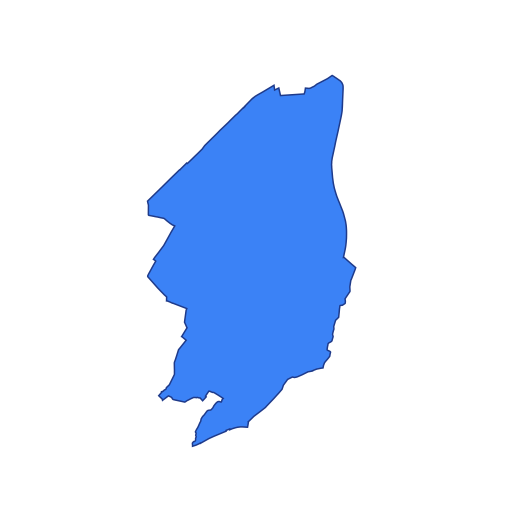 Bērzes pag., Dobele, Latvia (Robinson projection), rotated 126°
{"feature_id": "27541924B54193972681718", "entity_name": "Bērzes pag.", "entity_type": "district", "adm_level": 2, "iso_a3": "LVA", "parent_name": "Latvia", "parent_adm1": "Dobele", "projection": "robinson", "projection_center": [23.414, 56.655], "detail": "fine", "context": "isolated", "style": "filled", "palette": "blue", "viewbox_px": 512, "rotation_deg": 126, "n_neighbors": 0, "source": "geoboundaries", "source_scale": "gbopen_adm2", "svg_char_len": 5924}
<svg xmlns="http://www.w3.org/2000/svg" viewBox="0 0 512 512"><g transform="rotate(126 256 256)"><path d="M275.5,375.8L276.5,374.8L277.4,373.7L278.1,372.9L285.8,367.4L286.1,367.0L286.1,366.6L283.7,361.5L283.7,361.4L282.8,359.5L282.5,359.0L281.1,355.7L279.7,352.7L279.7,350.9L279.9,349.4L280.1,344.2L280.0,343.5L280.0,342.5L280.0,341.9L279.8,341.1L279.7,341.0L279.7,340.6L279.5,339.9L279.4,339.8L279.4,339.4L287.5,338.6L288.0,338.5L301.8,336.8L308.6,336.9L310.1,336.9L316.0,337.1L316.9,337.1L319.0,337.0L318.9,334.8L319.1,334.1L321.7,333.8L323.7,333.6L326.0,333.3L326.3,333.3L326.9,333.2L327.5,333.1L329.9,332.8L333.8,332.3L335.5,332.0L335.9,331.8L336.2,331.6L336.4,331.3L339.6,316.9L340.0,314.7L340.1,314.2L341.3,307.3L341.6,304.3L341.7,304.2L344.9,302.0L344.6,301.7L344.1,299.7L343.9,299.0L343.3,295.9L343.1,295.7L339.2,281.1L341.0,280.6L349.4,276.1L351.6,274.9L352.5,273.3L354.5,269.9L354.6,269.6L364.9,268.8L364.8,268.5L365.2,263.0L374.3,263.4L377.3,263.6L383.2,261.6L387.5,260.2L389.4,259.7L390.2,259.4L390.7,259.1L395.6,255.4L395.8,255.2L398.2,253.5L399.4,252.6L399.8,252.4L400.1,252.3L402.4,251.9L411.1,250.4L414.4,251.0L415.0,251.1L415.3,251.1L416.1,250.7L416.4,250.7L416.9,250.7L417.4,250.9L418.3,251.4L419.8,251.6L420.0,251.7L421.3,252.6L421.4,252.4L421.5,252.2L426.2,252.6L426.9,247.7L427.7,246.8L420.6,244.6L420.1,242.0L420.0,241.5L420.1,241.2L420.1,240.9L420.7,239.5L420.8,239.2L420.8,238.7L420.7,238.4L420.0,236.7L417.6,231.3L416.3,228.3L416.2,228.0L416.0,227.9L415.9,227.7L415.6,227.6L415.4,227.4L413.8,226.9L413.4,226.7L412.5,226.2L409.7,224.8L407.4,223.5L407.0,223.2L406.7,222.7L406.3,222.2L405.8,221.3L405.7,221.0L405.4,220.7L405.2,220.7L404.8,220.2L404.3,218.7L403.9,218.2L403.8,217.5L403.7,217.4L403.9,216.9L404.5,214.1L402.2,213.8L399.2,213.5L399.0,214.1L399.0,214.5L393.3,214.7L393.1,214.7L392.9,214.6L392.5,213.6L392.5,213.3L391.9,211.0L391.2,209.9L390.8,205.0L390.5,199.6L390.5,199.0L390.5,198.8L391.0,198.9L391.7,199.0L392.2,198.9L392.6,198.9L393.2,198.6L393.8,198.4L394.2,198.4L394.5,198.4L394.6,198.5L394.8,198.5L395.0,199.2L395.2,200.0L395.4,200.3L395.5,200.5L396.1,201.1L396.4,201.3L396.7,201.4L397.2,201.6L398.2,201.8L398.7,201.9L400.5,202.0L400.9,202.0L402.1,202.0L402.8,201.9L403.8,201.7L404.5,201.7L405.6,201.8L406.6,201.9L407.3,202.2L407.6,202.4L408.1,203.1L408.6,203.6L409.2,204.1L409.7,204.3L410.3,204.5L411.1,204.5L412.8,204.5L413.7,204.5L414.0,204.5L415.1,204.5L416.3,204.7L416.8,204.8L418.3,204.8L418.9,204.7L420.1,204.6L420.5,204.4L421.0,204.2L421.7,203.8L422.3,203.6L422.7,203.5L423.0,203.5L423.8,203.4L427.0,202.7L427.9,202.5L428.6,202.4L430.0,202.2L430.9,202.2L431.5,202.1L433.2,201.8L433.8,201.7L434.0,201.5L434.2,201.2L434.4,200.8L434.4,200.4L434.8,200.1L435.2,199.9L436.4,199.5L436.7,199.2L437.2,198.3L437.5,198.1L438.6,197.8L439.2,197.6L439.6,197.3L440.2,196.8L440.6,196.6L440.9,196.5L441.5,196.5L442.2,196.8L442.8,197.2L442.8,197.3L443.3,197.4L443.7,197.5L444.2,197.5L444.6,197.5L444.9,197.4L445.4,197.0L446.9,195.7L447.2,195.5L444.2,193.3L441.7,191.9L439.9,191.0L440.1,190.8L432.9,187.5L431.0,186.6L428.2,185.0L426.6,184.1L415.3,177.2L414.7,177.7L411.4,175.6L412.0,175.1L409.7,173.7L406.9,171.6L405.3,170.2L404.3,169.1L403.2,167.9L402.5,166.9L402.1,166.3L399.5,162.2L397.4,163.2L394.7,164.6L394.7,164.8L390.1,164.0L387.0,163.5L381.1,161.7L379.4,161.2L377.7,160.7L372.8,159.3L372.0,159.3L360.8,157.8L356.0,157.3L355.0,157.2L354.8,157.2L354.6,157.1L348.5,156.6L344.4,157.9L339.1,157.9L337.3,157.9L335.3,156.9L332.5,155.4L331.7,153.5L330.3,152.2L329.4,151.5L325.0,148.9L319.6,146.1L319.4,146.1L317.0,143.8L315.9,142.8L315.8,143.0L311.9,140.5L311.1,139.8L309.7,138.5L309.5,138.3L308.5,137.4L307.2,136.0L305.4,136.8L305.1,137.0L302.2,137.8L300.7,137.8L297.1,137.5L294.5,137.4L294.1,137.4L293.8,137.4L293.2,137.7L291.6,138.5L290.1,139.1L289.8,139.4L289.8,139.7L289.7,140.3L290.0,141.7L290.1,142.2L290.2,143.1L290.1,143.3L289.9,143.5L288.6,144.2L287.0,145.0L285.8,145.5L285.5,145.7L284.7,146.1L284.4,146.1L283.9,146.1L283.3,145.9L281.9,145.2L280.9,144.8L280.6,144.7L280.3,144.7L279.4,144.9L277.9,145.5L276.2,146.1L275.7,146.4L274.6,147.8L274.4,148.0L273.6,148.4L271.9,149.1L269.7,149.9L269.3,150.0L267.3,151.7L261.6,153.7L261.2,153.8L260.8,153.8L260.1,153.6L257.0,153.1L253.2,155.3L249.7,157.4L248.1,158.2L247.2,158.8L246.5,158.8L245.1,157.2L244.9,157.1L242.2,156.1L241.7,156.1L240.7,156.7L240.5,156.8L239.4,157.7L238.3,158.8L233.4,159.0L230.4,159.1L229.7,159.1L229.2,159.3L228.9,159.5L225.8,162.0L223.6,163.1L220.1,164.9L219.4,165.1L218.7,165.2L208.6,167.9L206.8,168.5L206.6,171.0L206.4,173.8L205.4,184.0L205.8,184.4L198.4,187.7L196.1,188.8L194.4,189.7L191.8,191.2L188.4,193.3L185.4,195.4L182.8,197.3L181.9,198.0L179.7,199.8L178.0,201.3L176.5,202.8L175.4,203.9L174.7,204.7L170.3,210.1L168.7,212.3L167.9,213.6L163.7,220.2L162.5,222.2L160.1,225.9L158.1,228.6L155.0,232.6L151.6,236.3L147.6,240.1L140.0,246.7L138.7,247.7L137.8,248.5L136.2,249.5L134.9,250.4L131.6,252.1L120.9,256.8L116.8,258.7L107.0,262.9L94.2,268.6L91.8,269.7L89.4,270.9L87.9,271.7L87.0,272.3L84.6,273.8L83.7,274.4L83.8,274.4L82.1,275.5L81.2,276.1L80.8,276.4L80.7,276.4L80.0,276.9L69.7,283.7L68.2,284.8L67.3,285.5L66.5,286.4L65.5,288.1L65.2,288.9L64.8,290.7L64.9,295.3L64.9,296.2L65.0,297.1L65.0,298.2L65.0,298.7L65.1,299.7L65.2,300.2L65.2,300.5L65.7,300.7L70.2,302.3L71.5,302.9L71.7,303.0L78.5,306.4L81.3,307.8L83.9,308.5L85.1,309.0L85.7,309.4L88.3,310.7L89.3,311.7L91.1,314.7L94.2,313.1L95.0,312.8L96.6,312.3L111.8,330.5L106.7,336.3L110.8,338.5L107.3,341.8L119.2,346.9L124.7,349.4L127.3,350.5L130.1,351.2L130.0,351.3L131.2,351.6L135.4,352.2L141.5,353.1L141.6,352.8L143.4,353.1L143.3,353.4L148.2,354.2L151.8,354.7L154.2,355.3L161.5,356.5L164.3,356.9L175.1,358.9L175.7,359.0L179.3,359.5L196.7,362.4L201.2,362.4L208.0,363.5L210.7,364.0L218.8,365.4L221.5,365.9L221.5,366.7L230.5,368.2L230.9,368.1L231.2,368.5L242.7,370.5L252.5,372.1L275.4,376.0L275.5,375.8Z" fill="#3b82f6" stroke="#1e3a8a" stroke-width="1.5"/></g></svg>